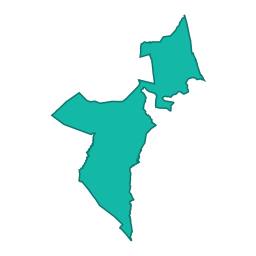 San Jerónimo Sosola, Oaxaca, Mexico (Mercator projection)
{"feature_id": "50627088B57913149693719", "entity_name": "San Jerónimo Sosola", "entity_type": "district", "adm_level": 2, "iso_a3": "MEX", "parent_name": "Mexico", "parent_adm1": "Oaxaca", "projection": "mercator", "projection_center": [-97.021, 17.384], "detail": "fine", "context": "isolated", "style": "filled", "palette": "teal", "viewbox_px": 256, "rotation_deg": 0, "n_neighbors": 0, "source": "geoboundaries", "source_scale": "gbopen_adm2", "svg_char_len": 5829}
<svg xmlns="http://www.w3.org/2000/svg" viewBox="0 0 256 256"><path d="M140.1,57.1L149.8,54.3L149.6,54.9L151.8,60.3L152.5,65.9L153.2,73.3L154.2,80.2L154.4,83.9L152.4,83.3L138.7,79.9L139.3,82.1L140.3,82.5L138.7,85.9L130.9,93.9L129.8,94.9L126.8,98.2L122.6,101.5L118.8,101.6L112.1,101.4L106.5,102.3L103.8,102.8L101.7,103.0L99.6,103.2L95.1,101.2L92.9,101.5L89.6,101.7L86.5,100.2L79.2,92.8L66.1,101.9L59.4,108.5L57.4,110.1L54.8,112.8L51.8,115.3L64.0,124.4L89.9,134.0L91.4,134.4L93.1,133.2L95.0,133.4L93.8,135.1L93.3,137.3L93.0,137.7L93.6,138.9L93.7,139.3L93.5,139.6L93.1,139.8L93.0,140.0L93.5,140.6L93.4,140.9L93.1,141.0L93.4,141.3L93.3,142.8L93.0,143.1L92.6,143.1L92.3,144.2L93.1,144.4L92.5,145.6L91.8,145.4L91.5,145.9L91.0,145.8L90.5,147.2L90.9,147.6L90.3,147.9L89.9,148.4L89.7,149.1L88.8,149.2L88.6,149.7L89.6,150.1L89.1,151.0L88.3,151.3L87.7,151.3L87.3,151.6L87.4,151.9L87.0,152.3L87.8,152.6L87.5,153.0L87.0,153.0L87.4,153.5L87.4,153.9L88.1,154.6L88.1,155.1L88.9,155.1L88.7,155.7L88.3,156.1L88.6,156.4L88.2,156.8L87.7,156.9L87.5,157.5L86.7,157.5L87.1,158.8L86.7,159.1L86.6,159.6L85.8,160.6L86.1,161.2L86.0,162.0L85.0,162.6L84.2,164.7L83.9,164.9L83.7,165.7L83.2,165.7L83.1,166.3L82.9,166.5L83.0,167.3L82.7,167.5L82.5,168.2L81.3,168.1L81.1,168.6L80.9,168.8L80.5,169.3L80.1,169.6L79.7,170.1L79.3,170.0L79.4,172.2L79.5,172.8L79.8,173.2L79.8,173.9L79.2,180.0L79.0,180.5L79.4,181.1L79.8,181.4L80.4,181.6L81.0,181.6L81.7,181.4L85.7,186.0L88.0,188.9L93.5,196.5L95.8,199.4L99.5,205.3L114.3,216.5L122.8,224.7L120.6,226.7L119.8,227.9L121.7,229.3L126.4,234.6L131.1,240.6L131.4,240.5L131.4,240.3L131.3,239.7L131.3,239.2L131.0,238.6L130.4,238.0L130.4,237.6L130.5,236.5L130.9,235.4L130.8,235.1L131.2,234.2L131.2,233.0L131.5,232.8L132.3,231.7L132.1,231.0L132.1,230.3L131.6,229.5L131.8,228.4L131.6,227.9L131.5,226.3L131.3,226.1L131.3,225.3L131.1,225.1L131.1,224.0L130.7,223.5L130.5,222.7L130.6,222.0L130.9,221.6L130.7,221.1L130.4,220.4L130.6,220.0L130.5,218.8L130.2,218.1L130.3,217.3L129.8,216.5L129.2,216.2L129.2,215.7L129.6,215.2L129.7,214.5L130.0,214.3L130.2,213.2L130.0,212.7L130.2,212.1L129.9,211.0L130.6,209.8L130.6,209.5L130.8,209.0L130.6,208.3L131.0,207.0L130.9,206.1L131.1,205.7L130.8,205.6L130.5,204.9L130.9,204.7L130.8,204.4L130.5,204.2L130.7,203.9L130.2,203.6L130.1,203.1L129.7,202.8L129.7,201.7L131.0,200.7L131.5,200.9L131.7,200.7L132.8,199.9L133.1,200.1L133.3,200.1L133.4,199.9L133.7,199.6L133.3,198.9L133.1,198.8L132.4,197.6L131.7,196.0L131.5,195.1L131.3,194.5L130.7,193.8L130.4,193.5L129.5,192.5L129.4,192.1L129.5,191.1L129.8,190.1L129.7,190.0L130.3,188.6L130.4,187.3L130.5,186.7L130.4,186.5L130.5,186.2L130.3,186.2L129.9,185.4L129.9,184.7L129.7,184.2L129.8,183.9L130.0,183.5L129.9,183.4L130.0,183.2L130.0,182.7L130.3,181.8L130.1,181.6L130.2,181.3L130.3,181.0L130.2,180.8L130.5,179.3L130.3,177.3L130.4,176.9L130.3,176.0L130.8,174.8L130.7,173.1L130.5,172.5L130.1,172.0L130.2,171.6L129.8,171.0L129.8,170.5L129.9,170.4L130.0,169.5L129.9,169.3L130.0,169.1L129.8,168.8L129.9,168.6L130.0,168.6L130.3,167.5L130.7,167.3L130.9,167.2L131.3,167.3L131.8,166.8L132.3,165.7L132.5,165.8L132.9,165.5L133.0,165.6L133.1,165.2L134.1,165.4L134.5,164.9L135.1,164.4L135.9,164.2L136.3,163.9L137.0,163.5L136.6,163.4L136.7,163.2L138.0,162.6L138.5,162.2L138.8,162.5L139.3,162.1L139.0,161.8L138.9,161.4L138.4,161.0L138.2,160.4L137.1,160.8L137.4,159.7L137.2,159.0L139.0,158.6L139.1,157.0L139.4,156.9L139.3,156.5L139.0,156.6L138.2,156.5L139.0,155.4L139.1,153.7L139.9,152.9L140.2,151.6L140.8,151.2L141.2,150.4L140.5,150.1L140.9,149.5L141.3,149.6L141.2,149.0L141.6,147.7L144.8,142.9L146.2,133.9L149.3,130.7L151.1,128.6L155.5,125.7L156.0,125.3L155.5,124.6L154.9,124.6L154.3,124.3L154.2,123.8L153.3,123.1L152.6,123.1L152.1,122.4L151.5,122.1L152.0,121.5L152.1,121.3L151.7,120.9L151.7,120.7L151.9,119.6L151.7,119.3L151.3,119.2L151.0,118.9L150.0,118.1L149.9,118.0L150.1,117.4L150.1,116.8L149.1,116.2L148.8,115.9L148.6,115.4L148.2,115.0L147.5,115.2L146.6,114.9L146.4,114.1L145.5,113.0L145.4,112.5L145.6,111.5L144.8,110.5L144.4,110.1L143.8,109.1L142.9,108.4L142.9,108.1L143.8,106.9L143.7,105.3L144.3,103.7L144.9,102.1L145.6,101.3L145.2,100.2L146.1,97.7L143.6,93.1L141.1,91.6L141.3,89.8L142.3,88.8L142.7,88.9L143.3,88.6L143.2,87.3L144.5,87.4L145.3,87.9L146.2,89.2L147.5,90.4L148.3,90.9L149.3,91.7L150.6,91.9L153.4,92.9L154.2,92.9L156.8,95.7L155.9,99.9L155.6,104.6L155.9,107.3L156.4,107.1L156.9,107.2L158.2,107.8L159.5,108.0L166.1,108.2L167.9,109.0L169.2,110.3L170.2,110.9L170.7,111.0L170.8,111.3L171.0,105.8L171.1,105.5L173.7,102.9L173.3,102.3L164.3,100.8L162.3,98.2L163.3,96.9L165.2,96.2L167.4,96.7L168.4,96.5L169.6,96.8L169.9,97.1L170.6,97.1L171.1,97.0L171.7,96.4L172.2,95.6L172.7,95.1L173.3,94.7L173.9,94.4L174.2,94.6L174.8,94.5L176.1,94.0L176.5,93.8L176.7,93.5L177.9,92.0L179.1,91.6L180.1,91.8L181.1,92.2L181.9,92.9L182.8,93.7L183.5,93.9L184.4,93.9L188.4,91.8L188.2,90.2L188.0,89.9L187.8,89.3L187.5,88.5L187.4,87.7L187.3,87.1L187.5,86.3L187.5,85.4L187.0,84.5L185.6,82.9L187.4,80.6L187.6,79.7L188.0,79.1L189.2,78.5L190.7,78.1L191.8,77.7L193.4,77.6L195.2,78.0L196.2,78.8L197.0,79.6L198.7,79.3L200.2,78.8L200.7,78.8L201.3,79.4L202.0,79.7L203.3,79.8L204.2,80.2L203.3,78.9L203.2,78.0L203.0,77.9L202.8,77.4L202.6,77.4L202.1,76.8L201.7,75.4L201.3,75.0L200.6,75.1L197.2,65.1L197.2,63.8L196.0,61.0L195.3,60.4L196.0,60.0L193.7,55.4L193.2,53.2L192.1,53.8L191.6,51.2L190.5,40.3L189.8,37.8L186.7,22.9L184.6,15.4L184.2,15.6L184.4,16.3L184.6,16.5L184.6,17.0L184.3,17.5L182.8,18.0L182.4,18.3L182.1,18.7L181.6,20.2L180.3,21.8L179.6,23.2L179.1,25.7L178.0,26.4L177.4,26.8L176.9,27.8L176.4,29.0L176.1,29.4L175.1,30.9L170.4,35.9L163.3,36.9L160.1,41.9L155.9,42.0L152.0,41.9L151.3,42.7L150.6,42.8L150.5,42.3L149.4,41.9L149.1,42.6L149.1,42.8L147.1,42.6L145.3,42.1L144.3,42.0L142.6,43.4L141.2,44.0L140.6,48.2L140.8,51.8L140.1,57.1Z" fill="#14b8a6" stroke="#0f766e" stroke-width="1.5"/></svg>